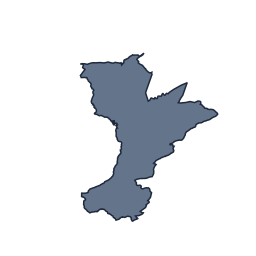 Chiquinquirá, Boyacá, Colombia, rotated 235°
{"feature_id": "7082276B335573977446", "entity_name": "Chiquinquirá", "entity_type": "district", "adm_level": 2, "iso_a3": "COL", "parent_name": "Colombia", "parent_adm1": "Boyacá", "projection": "equal_earth", "projection_center": [-73.82, 5.627], "detail": "fine", "context": "isolated", "style": "filled", "palette": "slate", "viewbox_px": 256, "rotation_deg": 235, "n_neighbors": 0, "source": "geoboundaries", "source_scale": "gbopen_adm2", "svg_char_len": 5795}
<svg xmlns="http://www.w3.org/2000/svg" viewBox="0 0 256 256"><g transform="rotate(235 128 128)"><path d="M59.4,65.3L58.5,68.3L58.6,69.7L58.8,69.8L58.5,72.3L58.0,72.3L57.8,72.9L56.6,74.1L56.1,76.8L55.6,77.5L54.1,78.9L53.3,79.1L52.7,79.2L51.7,78.4L50.8,78.2L49.4,78.1L49.0,78.5L49.0,80.7L48.4,82.6L48.2,84.0L48.8,84.1L49.9,83.6L50.8,83.8L51.6,83.7L50.0,86.7L49.4,89.5L49.4,91.0L49.8,91.9L50.8,90.9L52.7,90.2L52.8,96.7L53.9,98.6L54.7,98.7L54.9,102.6L55.3,102.9L56.1,102.9L57.2,102.5L57.3,104.0L57.8,104.9L58.2,106.5L61.5,110.2L63.5,109.8L65.8,110.8L67.4,110.3L67.9,109.4L68.4,109.0L69.3,106.9L69.6,105.3L70.2,104.6L71.8,104.2L72.6,105.4L73.6,105.4L74.3,105.0L75.3,103.0L76.2,102.4L77.1,102.7L77.3,102.6L78.3,103.5L81.0,103.5L81.3,103.6L80.8,106.2L80.4,107.1L79.6,109.0L76.8,113.2L76.0,115.1L75.5,117.5L74.3,119.9L75.8,122.7L77.5,124.1L79.5,125.2L80.2,126.0L81.5,128.3L81.9,130.1L82.7,129.9L83.7,129.0L84.4,128.7L84.7,130.9L85.2,132.0L85.1,133.7L84.8,136.0L84.5,136.8L84.6,138.5L84.2,139.2L84.2,140.0L83.8,141.1L83.8,141.9L83.3,142.3L83.4,143.3L83.1,143.6L83.2,144.1L82.8,144.6L82.6,145.8L82.5,147.5L82.7,148.5L82.4,149.3L82.5,149.9L82.3,150.6L82.4,151.6L82.9,151.9L83.0,152.3L83.3,152.3L83.4,152.6L85.6,153.3L86.6,155.3L87.4,154.4L87.8,154.5L88.3,155.0L88.9,154.6L89.2,154.6L90.0,152.9L90.4,152.9L90.5,153.2L90.7,153.3L90.9,153.8L90.3,154.8L90.2,155.4L90.1,156.5L90.3,158.4L89.9,160.1L88.6,163.3L88.0,163.8L87.2,165.2L87.7,167.7L88.7,169.3L89.4,170.8L90.5,171.7L91.3,173.6L91.2,176.5L91.4,179.2L91.0,180.2L90.8,182.0L90.3,183.3L90.6,184.3L91.6,185.5L91.8,186.2L91.6,187.7L91.6,188.7L90.2,191.1L89.8,194.5L89.2,195.7L88.8,197.6L88.1,199.4L88.0,203.5L87.8,204.7L87.5,205.5L87.4,207.7L87.9,209.4L88.0,209.5L89.7,209.6L90.9,209.1L92.5,208.9L94.1,208.3L95.7,206.7L96.7,205.0L97.8,204.1L98.1,204.2L99.1,203.6L100.3,202.1L102.2,202.3L103.1,201.8L105.0,201.7L105.9,200.8L106.3,201.6L107.4,202.4L108.1,202.5L108.7,202.2L110.0,200.8L110.6,197.2L114.1,194.0L115.7,190.1L116.8,188.1L117.1,187.7L117.3,187.2L118.6,185.0L119.9,183.7L120.5,185.3L121.2,186.3L122.4,188.9L123.4,191.6L130.3,201.2L130.9,202.1L131.2,202.1L132.5,196.4L133.4,187.5L133.5,182.1L133.0,180.7L134.3,179.4L134.3,179.1L133.7,177.6L133.8,176.9L134.3,176.5L136.2,176.4L136.3,176.2L136.2,175.6L135.0,173.4L136.7,171.2L136.8,170.7L135.4,169.0L135.8,168.1L137.4,167.6L137.4,167.2L136.8,166.5L136.8,166.0L139.3,164.2L139.1,163.4L138.3,161.9L138.4,160.0L146.6,162.5L148.0,164.2L158.1,178.4L159.1,178.7L160.0,179.5L160.3,177.8L161.9,176.8L164.6,176.2L166.3,176.2L166.5,176.4L167.4,176.0L171.0,175.8L173.5,174.4L175.4,173.8L176.2,174.8L179.1,174.6L179.6,175.7L179.7,178.7L179.4,180.5L179.5,182.2L180.2,184.0L180.0,180.2L180.3,178.5L180.7,178.2L182.0,178.1L184.7,174.1L185.3,173.8L185.2,172.5L185.5,171.1L185.3,170.2L185.5,169.8L185.1,168.9L185.0,168.1L185.5,165.9L185.5,164.9L185.8,164.6L185.8,163.8L185.6,163.4L183.9,162.0L183.3,159.1L184.6,160.0L185.0,159.1L185.5,159.5L185.9,158.2L186.3,158.1L189.2,155.0L189.4,153.5L189.7,153.0L190.9,151.7L193.4,149.6L195.1,145.6L197.6,142.7L200.0,138.8L201.6,136.7L202.6,134.4L203.6,131.0L205.0,129.8L206.8,127.7L207.8,125.6L206.4,127.4L205.7,127.8L205.2,127.6L203.5,125.5L202.4,125.7L201.0,126.4L200.6,126.3L199.4,122.4L198.8,120.9L198.4,119.2L196.1,118.6L194.3,121.5L193.5,122.1L193.1,123.0L192.7,123.2L191.4,122.7L190.4,122.8L189.3,122.5L186.7,123.0L185.1,123.0L183.7,121.5L182.1,121.3L181.7,121.5L180.9,121.0L179.8,121.7L178.8,121.7L178.4,121.5L178.3,121.0L177.9,120.1L176.3,119.2L175.7,119.4L174.5,118.5L173.2,116.1L171.1,113.4L170.2,112.8L169.7,112.8L168.9,112.5L167.9,113.1L167.5,112.8L167.3,112.9L167.2,112.6L166.8,113.1L166.3,112.9L165.6,113.0L164.7,112.1L164.1,112.7L163.4,112.2L162.2,112.6L161.3,112.6L159.5,111.5L159.3,110.4L159.4,109.5L158.9,108.7L158.5,108.8L158.1,109.5L157.5,109.6L156.7,110.6L155.6,110.9L154.4,111.6L153.7,113.3L153.4,113.5L152.7,113.7L152.3,114.1L150.2,115.1L148.8,117.2L148.1,117.3L147.2,117.9L146.5,117.7L145.0,118.3L144.0,118.0L143.5,118.1L143.3,118.5L142.0,118.4L142.0,118.7L142.5,119.7L142.4,120.3L141.9,120.8L141.3,120.4L141.3,120.1L141.8,119.3L141.4,118.6L140.6,118.3L140.9,119.3L140.2,120.1L139.1,118.4L138.7,118.2L138.5,118.6L138.9,119.1L138.9,120.2L138.6,121.2L138.3,121.5L137.2,120.9L136.9,119.7L136.7,119.9L136.7,120.8L136.5,121.0L135.8,119.5L134.0,119.3L134.4,118.7L134.4,118.4L133.3,116.9L132.5,116.2L131.7,116.1L130.4,115.3L128.0,113.5L125.7,113.3L125.0,112.7L123.3,112.5L122.5,112.7L121.6,113.4L121.3,113.9L120.6,114.3L119.6,114.4L119.0,114.1L118.3,113.1L117.1,112.5L116.9,111.8L116.4,111.7L116.0,111.2L114.6,110.6L114.2,109.7L114.4,109.1L112.9,108.6L112.8,108.3L112.3,108.4L111.4,107.6L111.1,107.2L111.3,106.5L110.9,105.8L110.8,104.6L110.4,104.2L110.3,103.5L109.6,102.8L109.3,102.1L108.3,101.5L106.7,99.9L106.4,99.8L106.1,99.4L105.6,99.5L105.3,99.3L104.7,97.9L104.2,95.8L103.6,94.9L102.8,93.1L101.2,92.0L100.4,90.8L98.9,90.2L98.1,88.9L97.5,88.4L97.3,87.0L96.9,86.1L96.8,84.2L96.6,83.0L96.7,81.4L96.9,80.9L96.9,79.9L97.1,79.4L97.3,78.2L96.7,76.7L96.8,75.8L97.1,75.3L97.1,73.7L97.3,73.2L97.1,72.6L97.4,71.2L98.4,67.3L98.5,66.1L98.9,65.3L99.8,61.8L99.2,59.4L98.2,58.5L98.2,58.2L98.6,56.6L99.4,55.1L101.2,52.7L98.5,50.7L97.7,51.0L97.1,51.8L94.9,52.5L94.3,52.5L93.6,52.0L93.7,50.4L93.4,49.8L90.7,47.7L88.8,47.3L88.2,46.6L87.2,46.4L84.3,47.1L83.0,47.0L82.2,47.6L80.6,47.9L80.2,48.6L80.0,49.9L78.7,52.1L78.6,53.0L78.1,53.6L77.7,53.8L77.5,54.7L77.1,55.0L77.3,55.3L77.2,55.9L77.4,56.0L77.2,56.6L77.5,57.1L77.6,57.8L77.3,58.3L77.2,59.4L76.6,59.7L76.5,60.3L76.1,60.5L76.0,61.0L75.5,61.1L74.7,62.0L72.8,62.1L71.3,63.0L69.8,62.5L69.5,62.8L69.1,62.7L69.0,62.8L69.0,63.3L68.8,63.5L68.2,63.5L67.6,64.0L66.5,64.3L66.4,64.5L65.3,64.6L64.7,65.1L64.0,65.1L63.1,64.7L62.7,64.9L62.3,65.3L61.7,65.3L60.9,65.6L59.4,65.3Z" fill="#64748b" stroke="#1e293b" stroke-width="1.5"/></g></svg>